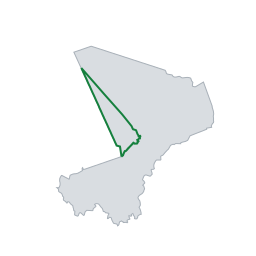 location of Goundam, Timbuktu, Mali, rotated 341°
{"feature_id": "8926073B20620148277365", "entity_name": "Goundam", "entity_type": "district", "adm_level": 2, "iso_a3": "MLI", "parent_name": "Mali", "parent_adm1": "Timbuktu", "projection": "robinson", "projection_center": [-4.645, 19.527], "detail": "fine", "context": "in_parent", "style": "outline", "palette": "green", "viewbox_px": 256, "rotation_deg": 341, "n_neighbors": 0, "source": "geoboundaries", "source_scale": "gbopen_adm2", "svg_char_len": 6404}
<svg xmlns="http://www.w3.org/2000/svg" viewBox="0 0 256 256"><g transform="rotate(341 128 128)"><path d="M50.5,190.1L50.6,189.2L49.9,188.6L49.9,188.3L50.3,185.6L50.2,185.0L50.5,183.6L50.1,183.0L50.0,182.6L48.9,180.9L48.5,179.4L48.0,178.5L46.7,178.2L46.2,179.0L45.9,179.1L45.4,178.6L45.3,178.1L45.3,177.6L43.6,175.3L43.7,174.1L44.3,173.5L44.6,172.4L44.0,171.2L44.1,170.1L44.0,168.4L43.0,167.0L42.4,166.4L41.8,165.4L42.3,163.1L41.3,161.2L43.2,162.0L44.0,161.2L44.9,160.3L45.6,158.9L46.0,157.3L46.1,155.9L46.9,153.8L47.8,152.7L49.6,151.2L50.1,151.4L53.1,154.6L54.7,156.2L55.4,157.1L55.9,157.1L56.8,155.5L57.7,154.1L58.0,153.8L61.0,153.6L62.6,153.9L64.0,154.3L66.0,154.4L71.2,153.4L71.2,152.7L71.2,152.0L71.4,151.4L71.8,150.9L72.2,150.7L72.3,152.6L72.8,152.8L74.0,152.9L112.5,152.9L114.1,143.5L111.3,140.0L101.5,38.7L119.8,38.7L122.9,41.0L181.9,85.5L182.2,87.0L182.1,89.0L182.6,89.6L183.4,90.2L186.8,92.1L187.1,92.5L187.2,93.3L187.6,94.2L188.3,94.8L189.1,95.2L190.2,95.5L193.2,95.8L193.8,96.2L195.2,98.0L195.9,98.4L200.0,99.3L201.3,99.8L202.7,100.6L203.5,101.3L203.5,104.1L204.1,105.9L204.1,106.3L203.5,107.0L203.3,107.6L202.6,109.0L202.7,109.6L204.2,110.6L204.9,110.9L205.7,110.9L214.3,109.1L214.7,134.9L214.4,135.3L214.2,139.9L213.6,142.6L212.5,144.6L211.8,147.5L211.4,148.1L211.1,149.8L210.5,150.8L209.4,151.2L207.4,153.1L207.3,154.6L202.6,153.8L202.3,153.8L202.1,154.0L202.0,154.8L190.0,155.3L184.1,155.6L180.4,159.1L178.0,159.4L175.0,159.1L173.5,159.1L172.9,159.3L172.7,160.0L168.0,158.2L166.2,158.7L165.9,158.5L165.7,158.2L164.8,158.0L163.4,158.1L162.5,158.3L159.4,161.1L157.8,161.8L154.8,163.4L152.6,164.8L151.9,165.1L150.7,165.1L149.7,165.4L148.8,168.6L148.3,168.9L144.6,167.6L143.9,167.8L143.3,168.2L141.3,170.0L140.3,171.5L139.7,173.5L139.8,174.8L139.5,175.1L138.5,175.3L136.8,174.8L136.3,175.0L136.1,176.0L136.1,178.1L135.8,179.6L134.8,180.0L134.0,180.6L133.4,180.7L132.9,180.6L130.0,178.4L129.0,178.1L127.9,178.3L126.8,179.3L124.9,181.5L125.1,182.3L125.7,183.2L126.0,184.4L126.0,185.4L123.3,186.9L124.0,188.0L123.9,190.9L122.7,192.2L122.2,193.1L121.0,194.0L120.0,194.6L116.8,195.4L115.4,196.3L114.8,197.0L114.7,197.8L114.8,198.8L115.4,200.7L115.2,202.5L114.7,204.5L114.2,205.4L112.7,206.5L112.9,207.8L113.0,209.7L112.8,212.2L112.3,213.9L112.0,213.7L110.5,213.8L108.9,214.3L108.4,214.7L108.3,215.3L106.9,216.7L106.1,216.6L105.2,216.2L104.8,215.9L104.7,215.6L105.3,214.6L105.3,214.2L104.8,212.3L104.9,211.8L104.7,210.4L102.8,210.9L102.7,211.2L103.0,212.1L102.8,212.3L102.2,212.3L101.3,212.0L100.4,211.1L100.2,211.4L100.1,212.1L100.0,212.8L100.2,214.3L100.0,214.8L98.5,214.7L97.3,214.9L96.9,215.4L96.8,216.0L97.1,216.6L97.1,216.9L96.5,217.3L96.3,217.3L95.6,216.6L92.9,215.9L92.7,214.9L92.3,214.9L91.5,213.7L91.1,213.8L90.8,213.9L89.7,213.9L88.8,214.9L88.1,216.2L87.4,216.8L86.3,217.1L86.4,216.2L86.1,215.1L83.7,213.7L83.3,213.2L82.8,210.0L82.8,209.1L82.9,208.2L82.9,207.6L82.6,207.1L81.9,206.6L81.2,206.4L80.2,207.0L79.8,207.1L79.4,207.1L79.1,206.9L79.2,206.6L80.2,204.9L80.7,204.1L81.7,203.3L82.0,202.9L82.0,202.6L81.9,202.3L81.2,202.0L80.2,201.2L79.6,201.2L79.2,200.8L78.7,199.6L78.5,199.3L78.0,199.2L77.5,198.9L77.6,195.9L76.6,193.7L75.7,190.8L75.2,190.1L74.4,189.6L73.4,189.2L72.5,189.1L71.5,189.4L71.5,189.6L72.1,190.6L72.2,191.1L72.1,191.6L71.9,191.9L70.6,192.2L68.7,193.2L68.1,194.4L67.7,194.6L67.0,194.4L62.2,192.4L60.2,193.3L58.9,195.1L58.6,195.7L58.0,196.2L57.6,196.2L57.3,195.8L55.9,193.1L55.3,192.5L54.5,192.5L53.9,192.9L53.2,193.8L52.4,194.7L51.8,194.9L51.4,194.8L49.4,193.0L49.3,192.6L50.2,190.4L50.5,190.1Z" fill="#d9dde1" stroke="#a8b0b8" stroke-width="1"/><path d="M115.5,150.8L115.6,150.7L116.0,150.3L116.0,150.2L116.4,149.8L116.5,149.7L116.8,149.4L117.0,149.2L117.3,148.9L117.5,148.8L117.8,149.0L118.0,149.1L118.4,149.0L118.5,149.0L118.7,148.9L118.8,148.9L119.0,148.8L119.1,148.7L119.3,148.6L119.5,148.5L119.6,148.4L119.8,148.4L120.0,148.2L120.3,148.1L120.5,148.0L120.5,147.9L120.8,147.8L120.9,147.7L121.0,147.7L121.3,147.5L121.6,147.3L121.8,147.2L122.0,147.1L122.3,147.0L122.3,146.9L122.5,146.9L122.7,146.7L122.8,146.7L123.0,146.6L123.3,146.4L123.5,146.3L123.6,146.2L123.8,146.2L124.0,146.1L124.3,145.9L124.5,145.8L124.7,145.7L124.9,145.6L125.0,145.6L125.2,145.4L125.3,145.4L125.6,145.3L125.7,145.2L125.8,145.1L126.0,145.0L126.1,144.9L126.3,144.8L126.5,144.8L126.5,144.7L126.9,144.5L127.0,144.4L127.3,144.3L127.4,144.2L127.5,144.2L127.8,144.0L127.9,143.9L128.0,143.9L128.3,143.7L128.4,143.8L128.5,143.8L128.7,144.1L128.7,144.3L128.8,144.4L128.8,144.5L129.0,144.8L129.2,145.0L129.3,145.0L129.5,145.1L130.0,145.2L130.3,145.2L130.5,145.3L130.9,145.4L131.0,145.5L131.3,145.4L131.6,145.5L131.7,145.3L132.1,145.1L132.5,144.9L132.5,144.7L132.6,144.0L132.9,143.6L133.2,143.8L133.4,143.8L133.6,143.8L133.6,143.6L133.4,143.4L133.1,143.1L133.2,142.9L132.9,142.6L132.9,142.3L133.1,142.3L133.3,142.2L133.6,142.2L133.9,142.2L134.3,142.0L134.6,141.8L134.9,141.6L135.3,141.5L135.5,141.3L135.9,141.5L136.0,141.0L136.1,140.8L136.6,140.4L136.8,140.1L137.0,139.8L136.9,139.4L136.7,139.4L136.5,139.5L136.3,139.5L136.0,139.5L135.7,139.4L135.3,139.3L135.3,139.1L135.4,138.9L135.5,138.6L135.4,138.2L135.3,137.9L135.2,137.6L135.1,137.3L135.0,136.3L134.9,132.8L133.6,131.7L132.4,130.9L132.2,130.0L132.1,128.7L132.0,127.4L126.9,113.2L116.3,87.7L112.9,79.3L103.4,56.1L103.6,58.0L103.9,61.1L104.0,61.8L104.1,62.7L104.2,64.5L104.5,66.8L104.7,69.1L104.9,71.9L105.2,74.8L105.4,76.0L105.6,78.5L105.8,80.7L106.0,83.0L106.3,85.6L106.4,86.6L106.4,86.8L106.5,87.6L106.7,90.0L106.9,92.3L107.2,94.8L107.5,97.9L107.5,98.2L107.5,98.3L107.5,98.9L107.5,99.4L107.8,101.8L107.8,102.7L107.9,102.8L108.0,104.0L108.2,106.4L108.3,107.7L108.4,108.6L108.5,109.1L108.6,110.8L108.7,111.8L108.9,113.1L109.0,114.4L109.1,115.7L109.3,117.1L109.4,118.4L109.5,119.0L109.5,119.8L109.7,121.8L109.8,122.9L109.9,124.0L110.1,125.4L110.2,126.9L110.3,128.1L110.4,129.4L110.6,130.9L110.7,132.4L110.9,133.9L111.0,134.9L111.0,135.1L111.1,136.7L111.2,137.7L111.4,139.2L111.5,140.4L111.5,140.9L112.8,141.8L114.4,142.9L114.3,143.2L114.3,143.7L114.1,144.7L114.0,145.2L113.7,146.7L113.7,146.9L113.5,147.7L113.5,147.9L113.4,148.3L113.2,149.4L113.2,149.5L113.2,149.8L113.0,150.9L112.7,152.0L112.6,152.8L112.4,152.9L112.7,152.8L113.3,152.6L114.2,152.3L114.2,152.2L114.3,152.2L114.5,152.0L114.5,151.9L114.7,151.7L114.8,151.7L115.0,151.4L115.2,151.2L115.3,151.1L115.4,150.9L115.5,150.8L115.5,150.8Z" fill="none" stroke="#15803d" stroke-width="2"/></g></svg>